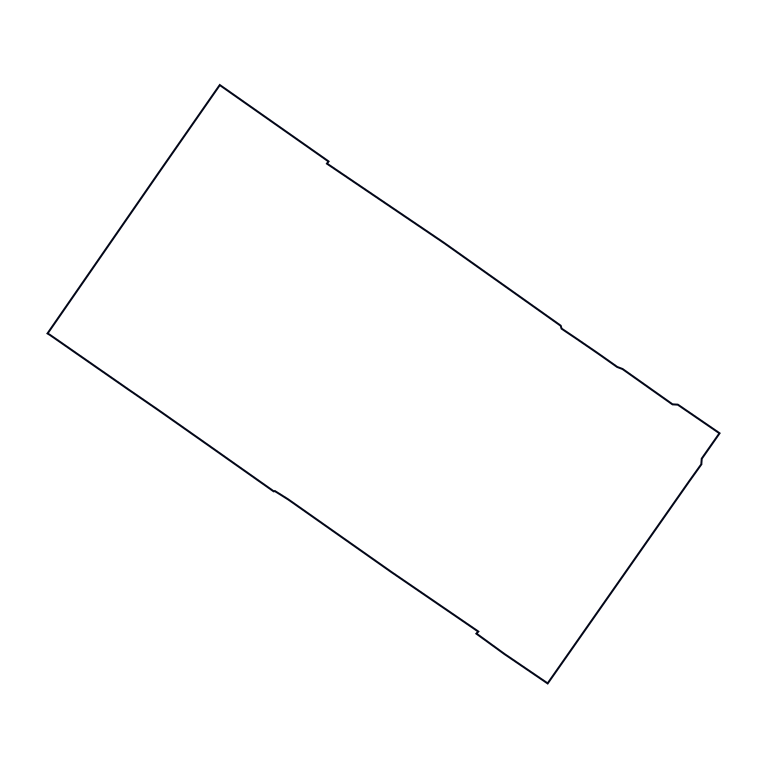 the district of Campbell, Wyoming, United States of America, rotated 125°
{"feature_id": "52423323B69169088112186", "entity_name": "Campbell", "entity_type": "district", "adm_level": 2, "iso_a3": "USA", "parent_name": "United States of America", "parent_adm1": "Wyoming", "projection": "natural_earth1", "projection_center": [-105.604, 44.248], "detail": "fine", "context": "isolated", "style": "outline", "palette": "ink", "viewbox_px": 768, "rotation_deg": 125, "n_neighbors": 0, "source": "geoboundaries", "source_scale": "gbopen_adm2", "svg_char_len": 554}
<svg xmlns="http://www.w3.org/2000/svg" viewBox="0 0 768 768"><g transform="rotate(125 384 384)"><path d="M231.9,80.9L232.4,131.5L235.2,136.0L234.9,197.2L236.3,202.8L236.2,226.0L236.5,255.3L236.8,270.3L234.9,272.7L234.0,415.5L236.2,557.1L233.5,557.1L233.3,690.0L340.5,689.7L535.6,688.6L535.4,686.1L535.1,590.3L534.8,554.9L534.9,498.2L535.2,412.8L534.3,412.0L533.5,396.4L533.8,270.0L532.7,164.8L535.5,165.1L536.1,130.6L535.4,78.2L441.1,78.2L288.5,78.2L267.6,78.0L267.3,78.3L262.9,80.9L231.9,80.9Z" fill="none" stroke="#020617" stroke-width="2"/></g></svg>